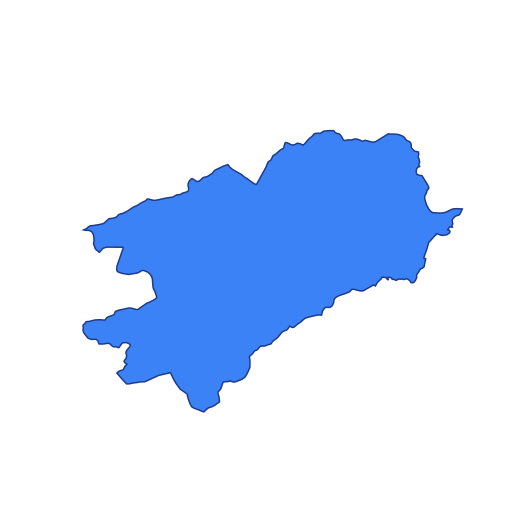 outline of Cam Thuy, Thanh Hóa, Vietnam, rotated 295°
{"feature_id": "81297802B68109668722051", "entity_name": "Cam Thuy", "entity_type": "district", "adm_level": 2, "iso_a3": "VNM", "parent_name": "Vietnam", "parent_adm1": "Thanh Hóa", "projection": "mercator", "projection_center": [105.467, 20.205], "detail": "fine", "context": "isolated", "style": "filled", "palette": "blue", "viewbox_px": 512, "rotation_deg": 295, "n_neighbors": 0, "source": "geoboundaries", "source_scale": "gbopen_adm2", "svg_char_len": 6126}
<svg xmlns="http://www.w3.org/2000/svg" viewBox="0 0 512 512"><g transform="rotate(295 256 256)"><path d="M92.6,274.6L97.9,276.8L100.6,279.6L102.9,281.5L108.1,284.5L108.9,284.3L112.8,281.9L115.5,279.5L116.2,279.2L116.7,279.1L119.4,279.9L121.1,280.2L127.8,279.5L128.3,280.1L131.0,284.7L132.1,285.4L131.9,286.2L132.2,288.8L133.0,290.2L133.9,291.2L138.2,295.3L141.2,297.0L142.8,297.4L145.8,297.7L151.7,297.6L152.8,297.4L158.5,294.8L162.1,292.5L166.2,294.2L169.1,294.8L169.7,295.1L171.3,296.6L172.0,297.0L175.1,297.7L175.9,298.1L176.8,299.3L177.7,301.3L178.3,302.1L179.0,302.9L180.6,304.2L181.5,305.5L182.9,306.8L185.7,307.2L189.7,309.4L193.1,310.6L196.8,311.4L198.5,312.1L199.5,312.8L201.9,315.1L203.7,315.7L206.7,316.2L206.5,318.6L206.8,319.6L207.7,320.6L211.3,322.2L214.7,324.2L219.6,326.4L220.8,327.2L223.1,329.8L228.0,336.0L229.5,338.6L230.1,340.4L233.0,339.8L234.4,339.6L236.0,339.8L237.9,340.3L238.7,340.6L239.7,342.5L240.4,344.3L240.8,344.8L242.3,345.8L243.6,346.1L246.4,346.1L248.9,345.3L250.1,345.3L251.6,345.6L253.8,346.9L256.0,348.8L259.8,352.9L262.4,355.4L263.6,356.2L266.0,356.8L266.4,357.2L267.1,358.5L268.4,365.2L269.0,366.8L269.9,368.0L279.4,374.7L279.3,376.9L283.1,377.1L287.9,379.0L288.9,379.2L290.0,379.1L291.0,381.5L291.2,383.1L290.2,385.4L290.4,385.8L290.7,385.8L291.8,384.5L292.2,384.3L293.3,386.8L293.4,388.0L292.4,389.3L293.2,391.3L293.0,393.1L294.3,394.2L295.5,395.1L296.0,396.6L296.9,398.3L297.1,399.8L297.7,400.6L299.1,402.2L299.2,403.1L298.8,405.0L298.4,406.2L297.4,407.7L297.8,409.0L298.4,409.8L299.1,410.3L300.1,410.6L301.5,410.8L304.3,410.8L306.5,409.6L308.2,409.7L309.3,410.0L313.8,410.6L315.2,411.9L317.1,412.9L325.2,411.0L325.4,410.8L324.9,409.9L324.9,409.4L325.1,409.0L325.6,408.8L336.2,407.7L341.0,406.8L349.7,409.4L350.9,410.1L352.5,410.0L353.2,415.5L353.4,416.1L355.7,419.8L358.3,421.5L359.8,421.6L360.2,421.4L360.9,420.6L361.2,419.9L360.7,418.9L360.8,418.6L363.5,419.0L364.0,419.2L364.4,420.0L365.0,421.5L365.2,421.8L366.4,420.6L368.0,420.8L368.9,420.3L370.4,419.2L371.8,418.6L373.5,418.8L375.9,419.7L377.9,421.3L378.7,422.4L379.7,423.0L382.7,423.2L385.8,423.1L384.0,418.5L382.1,414.9L380.8,413.5L376.3,409.9L375.0,408.5L373.2,405.8L371.0,400.6L370.0,397.7L370.2,395.8L370.7,394.5L371.9,392.3L374.3,389.1L376.8,386.7L379.6,384.5L381.7,383.6L385.2,383.8L387.6,383.3L389.6,383.9L390.4,383.9L391.2,383.6L393.0,381.5L398.8,372.8L398.9,371.6L398.3,370.6L398.1,369.4L398.0,367.4L399.5,365.8L401.2,365.1L403.7,364.8L404.9,365.2L406.2,366.5L407.2,365.3L407.9,364.8L408.6,364.6L409.5,364.8L411.1,364.1L413.0,362.6L414.2,361.1L414.9,360.8L417.1,360.5L418.9,359.2L418.1,355.5L418.2,354.8L419.5,351.5L420.0,350.9L423.0,349.3L423.7,348.5L424.2,347.7L424.5,346.8L424.5,343.6L425.2,341.9L425.9,341.1L426.5,339.2L426.6,336.7L426.3,333.7L425.0,330.0L422.9,325.4L422.7,324.3L411.1,316.7L409.7,315.7L408.8,314.0L408.2,312.6L407.1,306.4L406.7,305.7L405.1,304.2L404.9,303.0L405.0,301.5L404.5,297.4L403.3,295.3L401.7,293.9L399.7,289.6L398.7,288.5L398.1,287.3L398.2,286.0L400.4,283.1L401.7,280.5L401.8,279.3L401.3,277.3L401.3,276.1L401.5,275.1L402.2,274.2L402.4,273.3L400.7,269.6L398.0,265.0L397.0,264.1L394.1,262.3L393.9,261.8L394.0,261.1L392.0,257.7L391.4,257.2L387.5,256.0L385.1,254.6L378.0,252.6L376.8,252.0L376.4,251.2L376.4,248.5L375.8,246.0L375.4,245.5L373.6,244.3L372.0,242.3L371.8,240.8L371.8,236.6L371.4,235.0L370.9,234.6L368.0,234.9L365.6,235.5L361.8,233.0L356.7,230.8L354.1,229.0L349.4,229.0L346.3,227.2L340.6,227.5L321.3,226.2L320.8,225.5L320.8,224.0L321.2,220.9L322.5,214.8L322.6,212.4L323.7,208.5L324.5,198.4L325.4,194.8L326.8,192.3L326.9,191.8L323.7,188.5L316.8,182.8L315.2,182.0L312.6,181.5L309.3,179.5L307.1,178.0L305.2,175.4L304.2,174.6L302.0,173.9L299.7,172.7L298.8,171.5L298.6,170.4L299.2,165.7L299.2,165.3L298.4,164.7L296.6,164.1L294.6,163.8L292.9,163.9L290.8,164.8L288.8,166.4L287.9,166.8L286.6,167.0L285.8,166.9L284.1,165.4L282.0,162.9L279.8,161.4L279.3,160.8L278.0,158.4L274.6,155.9L273.6,154.8L272.2,152.5L269.7,148.9L264.4,142.0L263.5,140.3L263.0,139.0L262.2,134.6L261.8,133.6L261.4,133.3L259.8,132.8L259.0,132.3L257.7,131.1L254.8,128.9L252.1,127.3L248.2,124.0L241.9,120.2L237.7,116.6L237.0,115.5L235.8,114.3L234.2,113.6L232.9,113.3L232.0,112.7L230.1,110.8L227.7,107.1L227.1,106.7L222.6,104.9L220.7,103.8L218.6,101.1L215.0,95.9L213.4,93.2L211.7,91.8L210.0,91.2L208.6,90.4L207.7,89.5L206.8,88.8L207.3,90.7L208.7,94.1L208.6,96.1L208.3,97.5L207.4,98.7L206.0,100.1L204.1,101.3L202.1,102.4L200.5,103.1L199.0,103.3L198.2,103.8L195.0,107.0L194.2,108.2L193.7,110.5L193.1,112.4L193.2,112.6L197.7,113.9L198.6,114.3L201.0,117.0L207.7,131.6L207.5,132.0L206.9,132.3L188.0,134.3L185.1,135.3L183.7,136.5L183.3,137.2L183.3,139.0L183.9,142.9L185.4,148.3L190.2,155.3L191.2,156.4L194.0,158.3L194.8,159.1L195.3,160.1L195.5,161.3L195.6,164.4L195.0,167.1L193.4,169.8L192.5,170.8L191.5,171.7L184.8,175.5L183.2,176.7L180.9,179.6L177.4,183.0L176.4,183.5L175.6,183.4L173.7,182.5L168.8,178.7L166.8,176.8L157.6,171.5L157.0,170.6L156.3,166.2L155.6,163.8L155.1,162.7L149.0,154.7L147.2,152.7L146.4,152.1L145.7,152.0L143.7,152.2L142.8,152.0L142.2,151.7L138.9,148.2L137.1,146.8L134.3,146.3L133.5,144.9L132.4,141.7L129.8,136.8L126.4,132.7L124.8,130.0L124.3,129.7L122.3,129.4L120.6,128.6L119.9,128.7L119.2,128.9L118.0,129.9L115.8,130.5L114.5,131.5L113.3,133.0L110.9,137.6L110.5,138.7L110.5,139.6L110.9,142.1L112.8,146.1L112.9,146.7L112.5,147.8L111.9,149.0L110.0,150.7L110.0,151.0L111.4,154.2L113.0,156.8L113.9,157.9L114.7,159.9L114.6,160.9L113.8,162.9L113.5,165.0L113.6,165.7L114.6,167.6L114.7,169.8L115.0,170.3L115.4,170.6L120.0,171.4L121.0,171.9L122.5,174.6L122.8,175.5L122.8,178.1L122.3,179.6L121.8,179.9L120.4,179.9L116.5,178.9L114.2,178.7L112.9,179.3L111.2,180.8L108.8,181.5L108.3,181.6L106.2,180.9L105.0,180.9L104.6,181.1L103.8,182.3L103.6,184.6L103.3,184.8L100.8,183.8L96.9,183.7L95.9,182.9L94.8,181.5L93.3,180.2L91.1,179.4L88.2,185.8L85.4,192.7L86.5,195.1L89.2,198.6L91.3,202.1L92.4,203.4L94.9,208.0L95.5,208.8L106.7,218.3L114.1,227.8L109.4,233.5L106.7,237.4L103.4,243.3L101.8,251.9L97.5,255.3L94.3,258.6L93.0,260.2L92.1,261.7L91.9,264.1L92.6,274.6Z" fill="#3b82f6" stroke="#1e3a8a" stroke-width="1.5"/></g></svg>